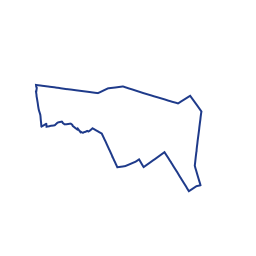 outline of Thap Muoi, Ðong Tháp, Vietnam, rotated 324°
{"feature_id": "81297802B37339373723835", "entity_name": "Thap Muoi", "entity_type": "district", "adm_level": 2, "iso_a3": "VNM", "parent_name": "Vietnam", "parent_adm1": "Ðong Tháp", "projection": "mercator", "projection_center": [105.765, 10.559], "detail": "fine", "context": "isolated", "style": "outline", "palette": "blue", "viewbox_px": 256, "rotation_deg": 324, "n_neighbors": 0, "source": "geoboundaries", "source_scale": "gbopen_adm2", "svg_char_len": 4104}
<svg xmlns="http://www.w3.org/2000/svg" viewBox="0 0 256 256"><g transform="rotate(324 128 128)"><path d="M197.2,138.5L194.7,138.3L190.2,138.0L188.9,137.9L186.1,137.7L185.7,137.7L183.8,137.6L182.9,137.5L182.8,137.3L181.5,135.6L179.1,132.7L177.8,130.9L176.8,129.7L174.6,126.6L172.3,123.6L170.0,120.6L167.7,117.7L165.8,115.1L165.4,114.6L160.8,108.6L158.6,105.5L158.5,105.4L156.4,102.5L154.1,99.3L151.8,96.3L150.9,95.0L149.5,93.1L149.4,92.9L149.2,92.6L148.3,91.4L145.7,90.0L144.4,89.3L141.4,87.7L137.9,85.7L135.2,84.2L131.0,83.4L126.5,82.6L124.2,82.1L122.0,80.1L119.6,77.8L119.5,77.7L118.6,76.8L111.7,70.3L108.3,67.1L104.9,63.8L101.4,60.6L101.0,60.3L97.0,56.4L95.5,54.8L93.6,53.1L92.7,52.1L91.4,50.9L90.2,49.8L89.1,48.8L88.0,47.7L86.6,46.4L84.7,44.6L83.5,43.5L82.4,42.4L81.2,41.3L79.8,40.0L78.9,39.1L78.0,40.7L77.8,41.9L75.5,44.3L75.3,44.1L75.1,44.2L73.5,47.3L72.6,48.7L72.2,49.6L71.0,52.0L69.6,54.8L68.3,57.2L66.9,60.0L66.3,61.4L65.0,65.3L64.9,65.4L64.8,65.8L63.9,67.4L62.3,70.0L60.7,72.8L58.8,75.9L58.8,76.0L61.5,76.3L64.2,76.5L64.3,76.6L63.1,78.8L62.9,79.1L63.8,79.5L64.7,80.0L65.0,80.2L66.3,80.6L67.7,81.3L68.1,81.6L69.8,82.5L70.3,82.7L70.9,82.7L71.8,82.5L72.4,82.5L73.6,82.3L73.9,82.3L74.2,82.3L74.5,82.4L75.0,82.5L75.9,82.9L77.0,83.4L78.0,83.8L78.3,84.0L78.4,84.3L78.3,84.6L78.2,85.2L78.2,85.6L78.2,85.8L78.3,85.9L78.4,86.1L78.5,86.6L78.7,87.3L78.8,87.6L78.9,87.8L79.0,87.9L79.2,88.0L80.0,88.5L80.4,88.8L81.4,89.3L82.3,89.8L83.0,90.1L83.5,90.4L83.9,90.6L84.1,90.7L84.2,90.8L84.3,91.0L84.4,91.3L84.5,91.6L84.7,92.3L84.7,92.5L84.8,92.7L84.7,93.1L84.5,93.8L84.5,94.0L84.8,94.9L85.0,95.6L85.3,96.8L85.7,98.0L85.9,98.8L86.1,99.4L87.0,99.0L87.1,103.2L87.5,103.0L88.0,104.3L88.5,105.1L88.8,105.4L89.8,105.5L90.4,105.7L91.2,106.0L91.3,106.1L91.7,106.2L92.5,106.2L93.0,106.3L93.3,106.4L93.5,106.6L93.8,107.5L94.8,107.7L95.6,107.7L97.2,107.6L98.4,107.5L99.1,107.4L99.6,108.4L100.0,109.3L100.6,110.7L100.8,111.2L101.3,112.2L101.5,112.7L101.6,112.8L102.2,114.3L102.3,114.5L103.1,116.2L103.5,117.1L103.3,118.1L103.2,118.3L103.2,118.7L103.0,119.7L103.0,119.8L102.7,121.2L102.7,121.5L102.4,122.7L102.3,123.4L102.2,123.9L102.0,125.2L101.8,126.2L101.7,126.8L101.5,127.6L101.3,128.6L101.2,128.9L101.1,129.6L101.0,130.2L100.8,130.9L100.6,132.1L100.5,132.6L100.3,133.4L100.2,133.9L100.0,135.3L99.9,135.8L99.6,137.1L99.6,137.4L99.4,138.1L99.2,139.0L99.2,139.3L99.1,139.8L98.9,140.5L98.7,141.4L98.6,142.1L98.4,142.2L98.4,142.3L98.3,143.3L98.1,144.4L97.7,146.2L97.6,146.9L97.4,148.1L97.3,148.4L97.2,149.0L97.1,149.5L96.9,150.2L96.9,150.5L96.6,152.0L96.4,152.8L96.3,153.5L96.8,153.7L98.0,154.4L98.8,154.8L99.2,155.0L99.3,155.1L99.6,155.2L100.4,155.7L101.0,156.0L103.4,157.2L107.6,158.2L111.2,159.0L113.4,159.5L114.1,159.7L115.7,159.8L118.5,159.9L118.4,161.2L118.2,163.0L118.0,164.8L117.7,168.2L117.7,168.8L125.3,168.9L127.2,168.9L129.5,168.9L131.2,169.0L133.0,169.0L143.3,169.0L143.2,170.4L143.2,170.7L143.1,172.7L143.0,175.0L142.9,176.8L142.7,178.9L142.7,180.8L142.6,181.2L142.5,182.2L142.5,183.2L142.4,184.2L142.3,184.7L142.3,185.3L142.2,186.2L142.2,187.0L142.2,187.3L142.1,187.6L142.1,188.2L142.1,188.4L142.0,189.7L142.0,190.3L141.9,191.3L141.9,191.8L141.9,192.1L141.9,192.3L141.7,194.3L141.6,195.3L141.5,196.4L141.3,198.4L141.3,199.4L141.2,200.4L141.1,201.4L141.0,203.4L140.9,204.4L140.8,206.3L140.7,207.3L140.7,208.2L140.6,208.9L140.6,209.5L140.4,211.0L140.3,212.0L140.3,212.3L140.2,213.6L140.2,214.2L140.1,214.7L140.1,214.9L142.3,215.0L143.8,215.1L144.5,215.1L149.2,215.3L151.5,216.3L152.9,216.9L153.0,216.9L153.6,215.4L154.2,213.6L155.2,210.7L155.9,208.7L156.5,207.0L157.4,204.5L158.2,202.3L158.9,200.2L159.9,197.7L162.3,195.1L164.2,193.0L166.1,190.9L167.7,189.2L169.0,187.8L169.3,187.5L169.7,187.2L171.0,185.6L172.9,183.5L174.9,181.4L176.8,179.3L178.7,177.3L180.7,175.2L182.6,173.2L184.4,171.3L186.1,169.4L187.9,167.5L189.4,165.9L191.5,163.7L193.4,161.6L195.4,159.5L197.1,157.8L197.1,157.6L197.2,150.6L197.2,150.4L197.2,150.1L197.2,149.2L197.2,148.1L197.2,145.9L197.2,145.6L197.2,144.7L197.2,143.7L197.2,141.7L197.2,140.6L197.2,139.6L197.2,139.3L197.2,138.5Z" fill="none" stroke="#1e3a8a" stroke-width="2"/></g></svg>